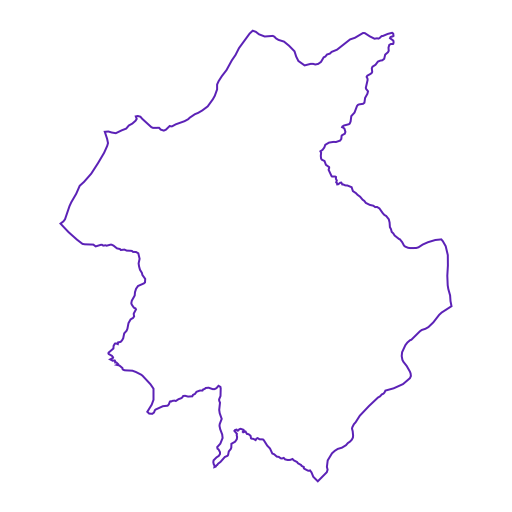 Páez, Boyacá, Colombia (Mercator projection)
{"feature_id": "7082276B49287929101879", "entity_name": "Páez", "entity_type": "district", "adm_level": 2, "iso_a3": "COL", "parent_name": "Colombia", "parent_adm1": "Boyacá", "projection": "mercator", "projection_center": [-73.017, 5.095], "detail": "fine", "context": "isolated", "style": "outline", "palette": "violet", "viewbox_px": 512, "rotation_deg": 0, "n_neighbors": 0, "source": "geoboundaries", "source_scale": "gbopen_adm2", "svg_char_len": 6014}
<svg xmlns="http://www.w3.org/2000/svg" viewBox="0 0 512 512"><path d="M60.5,223.6L68.4,232.0L76.9,239.6L82.5,243.9L84.8,244.3L93.3,244.6L95.7,246.4L100.9,244.8L102.0,244.8L103.2,245.6L105.6,245.3L106.6,245.7L110.4,244.7L111.6,244.7L113.5,245.6L117.0,248.4L119.9,249.0L120.8,250.0L124.4,249.6L126.7,250.6L131.0,250.8L132.0,251.0L133.0,251.9L136.0,252.0L138.3,253.3L139.6,258.8L138.6,263.4L139.1,266.6L140.0,269.8L141.9,272.9L142.4,275.0L145.2,278.9L145.0,282.4L143.9,283.4L138.0,286.0L136.1,288.7L135.0,292.1L134.7,295.5L131.8,300.7L131.3,303.2L131.7,304.5L133.3,306.9L134.3,308.0L135.4,308.3L136.0,309.4L134.0,313.1L133.7,313.9L134.1,316.4L133.1,317.9L130.6,319.4L128.5,323.1L127.4,328.8L126.6,330.7L124.2,333.4L123.2,338.3L122.0,340.4L120.6,341.9L118.1,342.4L117.8,344.1L116.1,343.4L114.9,343.6L113.6,345.8L113.4,348.5L108.6,352.6L108.4,353.3L108.7,354.0L111.9,355.8L113.1,357.4L112.8,358.1L110.2,359.4L112.8,360.8L114.2,360.4L114.9,360.6L115.2,362.5L116.3,362.4L118.1,364.1L118.0,364.4L116.9,364.9L119.4,365.5L122.4,368.0L122.6,369.2L123.3,369.8L124.8,370.3L132.4,370.7L135.9,372.0L141.2,374.7L142.5,375.7L150.5,384.3L153.5,388.7L153.5,399.8L151.7,404.7L147.3,411.8L149.2,413.6L152.3,413.8L154.0,412.5L154.9,410.2L155.7,409.5L162.9,406.2L167.6,405.7L168.8,404.4L169.9,401.6L170.3,401.3L171.3,401.5L172.3,400.9L174.5,400.6L175.8,401.0L178.5,399.2L181.0,398.3L182.2,397.5L183.2,396.0L185.1,395.8L188.1,396.6L192.3,396.3L193.0,394.9L195.0,393.9L196.5,391.8L200.0,390.5L202.5,390.5L203.1,389.5L204.7,388.9L205.7,388.0L208.6,387.7L212.6,389.1L214.6,389.1L216.4,388.2L218.5,385.8L220.4,386.9L220.7,388.4L220.5,396.0L219.1,399.4L219.2,400.7L220.0,402.7L219.2,409.9L219.7,413.2L221.7,418.9L219.7,424.1L219.5,425.9L220.2,429.2L222.2,434.5L222.6,438.0L220.3,443.7L217.2,447.1L217.5,448.7L218.6,449.5L220.0,452.2L220.0,454.0L218.8,455.9L216.5,457.4L213.6,460.3L213.3,462.1L213.7,464.1L214.6,465.9L214.4,467.1L215.7,466.6L216.5,465.3L217.2,465.0L218.1,463.7L220.5,461.9L224.8,457.0L227.5,455.8L228.1,454.9L228.8,451.4L230.7,449.1L231.3,447.6L231.4,443.8L235.1,441.7L236.8,439.2L237.1,437.0L236.7,435.2L236.9,433.8L234.4,430.9L235.1,430.0L236.6,429.6L237.5,430.7L237.9,430.7L239.4,429.2L240.6,428.8L243.5,429.8L243.8,430.3L242.8,431.9L243.2,432.3L245.5,431.5L246.9,433.9L248.5,434.2L249.4,434.8L250.6,435.9L251.0,438.3L251.4,438.6L253.5,438.9L255.6,440.1L256.4,438.7L257.6,438.1L259.6,439.3L262.9,439.4L263.8,440.2L267.2,445.6L270.0,448.5L272.3,453.5L274.2,454.3L276.8,456.6L278.8,456.9L280.7,458.3L282.0,458.5L283.7,457.9L285.1,459.4L287.8,460.0L290.2,459.9L292.5,459.0L293.7,460.3L297.0,462.0L298.0,463.3L301.1,465.0L301.6,465.9L303.8,467.0L303.9,468.4L304.6,468.9L307.9,470.6L309.0,470.8L310.0,470.4L311.5,472.4L313.3,476.8L317.8,481.3L326.8,472.2L327.6,469.7L326.9,466.9L327.7,460.4L332.0,453.3L334.8,450.8L337.8,448.9L341.9,447.7L346.0,445.2L347.8,443.1L350.0,441.6L351.8,439.7L352.9,437.6L353.1,435.6L352.7,431.3L352.0,428.6L352.3,427.3L353.9,424.2L355.6,422.3L359.8,415.7L369.0,406.0L378.0,397.5L380.0,396.4L381.8,394.4L383.4,393.7L384.5,392.5L385.4,390.6L393.7,388.3L403.0,384.1L409.9,378.2L410.9,376.0L410.6,373.5L409.9,371.6L406.7,366.0L403.4,361.8L402.4,359.9L401.7,356.0L402.1,352.2L405.4,345.1L407.4,342.5L410.2,340.1L411.3,339.8L419.8,331.4L421.7,330.0L425.4,328.8L428.4,327.1L433.3,322.4L439.2,314.8L441.7,312.5L451.5,306.2L450.5,301.1L450.1,295.4L448.3,289.0L447.7,285.3L447.3,275.7L447.9,265.6L447.8,255.1L445.7,246.2L442.9,241.3L441.3,239.4L435.3,240.0L428.0,242.2L422.8,244.5L418.5,247.3L416.2,248.0L410.4,248.1L408.1,247.8L405.2,246.6L404.0,245.6L402.2,242.2L399.9,239.3L399.0,239.0L394.6,235.5L393.3,233.4L391.7,231.9L391.0,229.2L389.9,227.1L389.6,222.6L388.8,219.3L386.2,216.0L384.3,214.9L382.7,213.1L379.4,208.4L377.1,207.0L375.2,207.1L373.3,205.7L369.8,204.9L365.8,202.9L364.3,200.9L362.6,199.7L360.1,196.7L357.5,194.8L355.9,193.1L352.9,191.1L351.6,187.2L347.4,185.5L345.3,185.4L343.1,184.4L342.3,184.5L341.3,182.6L340.3,182.7L338.1,184.3L337.2,184.4L337.0,183.1L336.2,182.4L336.8,180.4L335.9,178.9L336.0,177.0L335.1,176.5L332.0,176.5L331.5,176.0L328.6,169.8L329.2,167.9L329.1,167.1L325.9,164.8L324.5,161.0L321.8,159.7L321.1,158.6L320.8,156.0L321.1,152.7L320.4,151.3L322.5,149.9L324.3,147.5L325.3,144.8L329.0,142.6L333.4,141.9L336.0,142.0L340.1,140.6L341.3,138.9L341.6,135.8L342.1,135.2L344.8,133.7L345.4,131.9L344.5,128.8L343.5,127.8L342.1,127.2L342.4,126.5L344.0,125.5L348.9,124.2L349.7,123.6L350.6,121.5L351.3,116.1L354.5,112.6L357.0,106.0L357.9,104.9L359.1,104.4L363.1,103.8L364.4,102.7L365.1,97.9L367.4,93.8L368.0,91.3L366.1,88.9L365.8,87.9L367.6,80.0L367.5,78.6L366.6,76.9L367.3,75.7L370.7,73.8L371.9,72.7L372.2,71.8L371.8,68.3L372.5,66.7L375.5,64.8L377.9,61.6L380.3,60.6L382.3,60.3L384.2,58.8L385.2,54.6L387.9,52.3L388.7,50.8L388.5,47.6L389.3,44.9L390.9,44.0L393.0,44.0L393.3,43.7L393.6,42.1L393.3,40.6L390.0,38.2L390.5,37.1L391.6,36.6L392.6,36.5L393.5,35.9L393.2,33.6L392.1,32.8L387.8,33.9L382.8,36.0L381.6,36.1L379.5,38.1L378.4,38.6L377.0,38.3L374.5,38.7L369.7,36.3L364.8,33.1L363.0,33.0L354.9,37.8L350.1,39.4L337.0,49.7L331.6,51.9L329.9,53.6L327.0,54.5L325.3,56.6L323.7,57.3L321.0,61.9L318.2,63.9L315.3,64.5L313.3,63.9L310.5,63.9L304.6,65.4L298.4,61.0L296.2,56.6L294.5,51.3L289.0,45.7L284.0,41.6L278.5,39.9L276.0,38.4L274.4,36.7L272.8,35.9L264.7,36.5L259.0,34.3L255.8,31.8L252.7,30.7L249.6,33.6L239.0,48.1L235.5,55.0L231.8,60.4L226.5,70.1L221.8,76.2L218.6,81.2L217.1,84.5L217.1,89.4L214.8,95.8L212.9,99.2L207.7,106.4L202.2,110.5L198.1,112.9L194.9,114.2L189.7,117.7L188.2,119.2L184.5,121.2L175.8,124.3L172.1,126.3L171.1,126.4L169.7,126.0L165.9,129.7L163.8,130.6L160.7,129.6L159.1,127.8L153.1,127.9L151.4,127.2L142.2,118.8L140.4,116.7L137.8,116.0L135.8,116.4L136.7,118.9L135.5,120.8L132.3,123.6L128.8,125.5L126.2,128.6L121.8,130.3L115.8,133.2L111.7,132.5L108.4,131.5L104.8,131.8L107.1,138.8L108.0,143.1L107.2,145.9L104.1,152.8L98.1,163.0L91.2,173.7L84.0,181.9L79.7,185.8L76.2,193.8L71.3,202.2L69.5,206.1L65.0,219.3L63.4,221.4L60.5,223.6Z" fill="none" stroke="#5b21b6" stroke-width="2"/></svg>